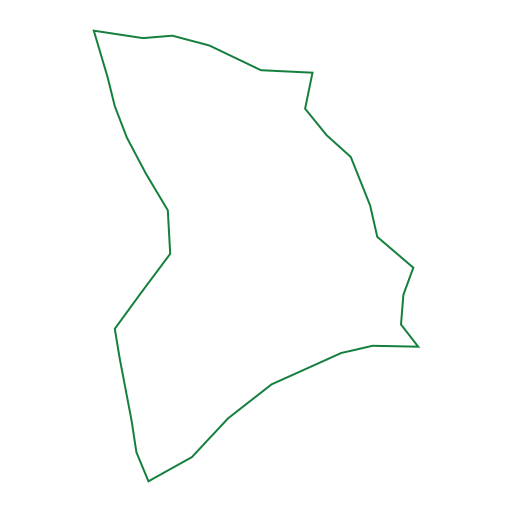 outline of Spilia, Nicosia, Cyprus
{"feature_id": "46923920B71237456282440", "entity_name": "Spilia", "entity_type": "district", "adm_level": 2, "iso_a3": "CYP", "parent_name": "Cyprus", "parent_adm1": "Nicosia", "projection": "orthographic", "projection_center": [32.941, 34.966], "detail": "fine", "context": "isolated", "style": "outline", "palette": "green", "viewbox_px": 512, "rotation_deg": 0, "n_neighbors": 0, "source": "geoboundaries", "source_scale": "gbopen_adm2", "svg_char_len": 597}
<svg xmlns="http://www.w3.org/2000/svg" viewBox="0 0 512 512"><path d="M93.8,30.7L107.6,77.2L114.8,106.2L126.9,137.7L146.1,174.0L167.8,210.3L170.2,253.8L141.3,292.5L114.8,328.8L119.6,357.9L131.6,420.8L136.4,452.2L146.5,476.6L148.5,481.3L166.5,471.2L191.9,457.1L209.4,438.3L216.1,431.2L228.0,418.4L246.9,403.6L271.4,384.5L271.9,384.2L341.2,353.0L372.5,345.8L399.1,346.3L418.2,346.7L401.0,324.5L403.4,294.8L413.3,267.7L377.3,236.9L370.1,205.4L350.8,157.0L326.7,135.3L305.1,108.7L312.5,72.7L260.9,70.2L209.3,45.5L172.4,35.7L142.9,38.1L93.8,30.7Z" fill="none" stroke="#15803d" stroke-width="2"/></svg>